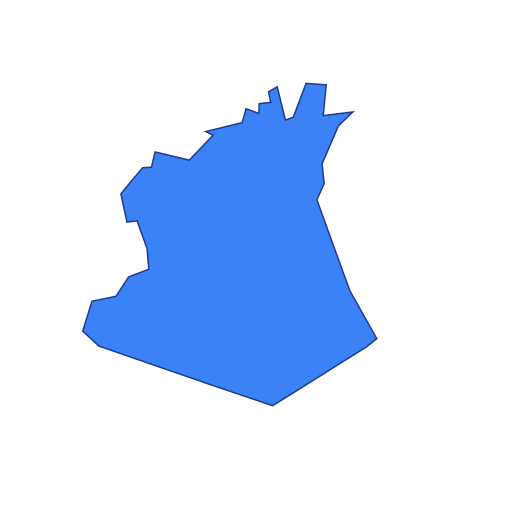 the district of Fayette, Kentucky, United States of America, rotated 223°
{"feature_id": "52423323B24182846637781", "entity_name": "Fayette", "entity_type": "district", "adm_level": 2, "iso_a3": "USA", "parent_name": "United States of America", "parent_adm1": "Kentucky", "projection": "natural_earth1", "projection_center": [-84.424, 38.027], "detail": "fine", "context": "isolated", "style": "filled", "palette": "blue", "viewbox_px": 512, "rotation_deg": 223, "n_neighbors": 0, "source": "geoboundaries", "source_scale": "gbopen_adm2", "svg_char_len": 745}
<svg xmlns="http://www.w3.org/2000/svg" viewBox="0 0 512 512"><g transform="rotate(223 256 256)"><path d="M138.4,170.4L135.3,181.8L119.8,240.3L113.3,264.6L111.3,277.9L153.9,291.5L163.4,294.5L180.0,302.9L206.8,316.6L217.1,321.9L249.8,338.6L255.6,355.5L270.5,368.4L284.5,407.5L283.4,427.4L302.6,404.5L321.4,429.1L337.1,416.4L323.4,382.9L327.2,375.5L355.9,394.2L358.8,384.6L350.0,378.4L357.6,369.6L351.1,362.2L363.7,357.0L357.1,344.1L377.6,312.8L369.8,315.0L370.2,280.6L400.7,263.3L394.7,252.5L393.0,249.7L399.1,243.2L397.8,217.5L397.2,209.3L373.5,192.8L367.0,200.6L341.0,187.3L325.4,173.2L334.9,153.9L330.9,131.1L345.1,111.1L331.5,82.9L309.4,83.0L204.3,129.6L141.8,157.8L138.4,170.4Z" fill="#3b82f6" stroke="#1e3a8a" stroke-width="1.5"/></g></svg>